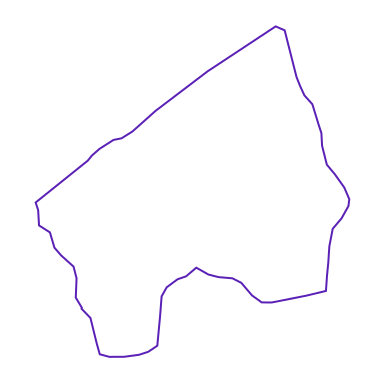 Yangyang-gun, Gangwon, South Korea (Albers equal-area conic projection), rotated 267°
{"feature_id": "91817680B9940099959324", "entity_name": "Yangyang-gun", "entity_type": "district", "adm_level": 2, "iso_a3": "KOR", "parent_name": "South Korea", "parent_adm1": "Gangwon", "projection": "albers", "projection_center": [128.559, 38.003], "detail": "fine", "context": "isolated", "style": "outline", "palette": "violet", "viewbox_px": 384, "rotation_deg": 267, "n_neighbors": 0, "source": "geoboundaries", "source_scale": "gbopen_adm2", "svg_char_len": 883}
<svg xmlns="http://www.w3.org/2000/svg" viewBox="0 0 384 384"><g transform="rotate(267 192 192)"><path d="M81.2,75.6L71.5,84.0L45.4,89.0L34.8,91.4L31.7,100.8L31.0,115.7L32.2,130.6L34.7,139.9L40.3,149.3L70.2,153.7L89.4,156.2L98.2,161.8L105.6,173.0L108.1,181.7L116.2,192.3L108.7,204.1L105.6,214.1L103.7,227.8L98.7,236.5L85.6,246.5L78.1,255.8L77.5,265.8L82.5,300.7L86.2,320.6L90.4,321.1L101.8,322.5L114.3,324.4L130.5,326.3L147.9,330.6L157.9,340.0L169.8,347.5L176.6,348.7L188.5,344.3L202.2,335.6L212.2,328.1L231.5,324.3L244.0,324.3L253.3,321.8L273.3,316.8L282.6,309.3L291.9,305.6L301.3,302.4L348.6,293.0L353.0,284.2L311.7,213.9L274.9,159.8L255.5,135.6L249.3,124.4L248.1,116.3L240.0,102.0L233.7,94.0L228.8,89.6L189.7,35.3L182.1,37.4L166.6,37.5L159.1,48.0L143.6,51.7L135.5,58.0L123.7,69.8L111.9,72.2L92.6,70.4L82.1,76.0L81.2,75.6Z" fill="none" stroke="#5b21b6" stroke-width="2"/></g></svg>